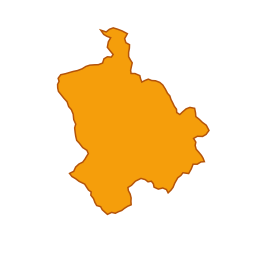 outline of Bicas, Minas Gerais, Brazil, rotated 292°
{"feature_id": "56859067B9449186447624", "entity_name": "Bicas", "entity_type": "district", "adm_level": 2, "iso_a3": "BRA", "parent_name": "Brazil", "parent_adm1": "Minas Gerais", "projection": "orthographic", "projection_center": [-43.101, -21.732], "detail": "fine", "context": "isolated", "style": "filled", "palette": "amber", "viewbox_px": 256, "rotation_deg": 292, "n_neighbors": 0, "source": "geoboundaries", "source_scale": "gbopen_adm2", "svg_char_len": 1952}
<svg xmlns="http://www.w3.org/2000/svg" viewBox="0 0 256 256"><g transform="rotate(292 128 128)"><path d="M208.5,66.1L205.7,70.4L205.1,74.0L205.2,78.1L200.5,77.5L195.1,78.6L192.8,82.6L190.6,86.7L187.5,86.0L186.3,82.2L183.2,79.8L178.7,80.1L175.6,76.8L174.0,73.2L172.0,69.1L169.3,65.9L165.7,63.3L162.3,59.6L159.9,56.0L157.4,52.8L155.0,49.8L152.2,45.7L147.9,44.6L145.5,46.6L142.0,46.4L138.8,47.8L135.9,49.8L133.7,53.7L131.7,57.2L129.5,61.7L125.6,65.0L123.8,68.6L120.3,72.0L115.5,74.5L112.0,78.1L108.1,78.5L104.4,80.5L100.8,82.6L97.3,85.1L95.7,88.5L92.9,93.3L91.9,98.3L89.4,100.8L86.1,100.2L82.7,99.7L79.4,98.8L76.2,96.0L72.2,94.1L67.5,93.9L64.0,90.8L62.0,94.2L61.4,98.3L60.2,102.7L59.8,108.8L57.7,111.7L55.7,114.6L54.9,117.8L51.8,118.7L49.6,122.5L46.6,125.2L44.4,128.0L44.8,132.1L42.6,134.7L41.4,137.9L40.2,141.3L43.6,144.4L44.2,148.2L46.8,150.5L49.2,153.1L52.2,154.8L55.3,157.0L58.0,159.7L61.1,158.2L64.3,157.1L67.5,154.8L70.1,151.8L72.8,150.2L76.2,152.7L81.5,154.8L86.1,158.9L86.6,163.3L85.6,166.7L87.4,169.6L85.8,172.4L82.9,174.3L82.7,179.0L85.4,182.7L85.3,186.7L82.9,189.5L86.7,191.2L89.9,192.0L94.3,192.0L100.5,192.8L103.8,194.8L107.1,195.7L108.5,201.3L113.9,202.0L118.8,201.9L120.4,205.8L123.8,208.3L125.4,211.4L128.1,208.9L130.1,206.3L131.9,203.0L133.9,199.1L137.0,196.8L140.3,196.2L142.9,192.7L146.3,195.4L148.1,200.3L151.3,202.8L156.1,204.0L159.9,199.5L161.1,194.8L162.7,190.9L164.0,186.6L167.2,185.0L171.2,182.4L170.3,177.7L167.5,174.7L163.4,172.6L159.9,171.0L160.6,167.4L163.6,165.9L165.5,162.8L168.0,160.1L170.6,157.1L173.4,154.8L175.0,151.6L178.1,148.0L180.9,144.1L182.2,140.3L182.1,135.8L180.9,132.2L180.9,128.5L178.6,126.1L175.8,123.6L178.1,121.4L181.0,119.3L181.1,114.1L179.7,110.4L182.5,108.8L186.5,108.1L190.0,107.5L192.0,104.7L194.3,101.9L198.4,100.2L202.5,99.4L205.8,98.2L206.3,94.1L209.6,91.4L215.2,92.1L215.8,86.2L215.7,81.1L215.3,76.8L212.6,73.8L208.9,71.8L208.5,66.1Z" fill="#f59e0b" stroke="#b45309" stroke-width="1.5"/></g></svg>